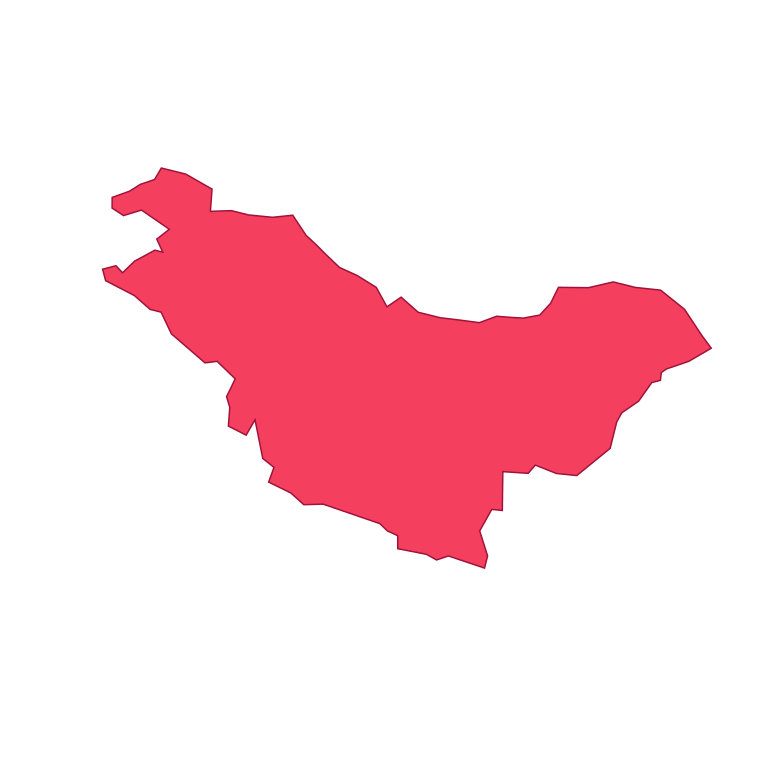 Alevga, Nicosia, Cyprus (Equal Earth projection), rotated 284°
{"feature_id": "46923920B64835616919063", "entity_name": "Alevga", "entity_type": "district", "adm_level": 2, "iso_a3": "CYP", "parent_name": "Cyprus", "parent_adm1": "Nicosia", "projection": "equal_earth", "projection_center": [32.609, 35.152], "detail": "fine", "context": "isolated", "style": "filled", "palette": "rose", "viewbox_px": 768, "rotation_deg": 284, "n_neighbors": 0, "source": "geoboundaries", "source_scale": "gbopen_adm2", "svg_char_len": 1315}
<svg xmlns="http://www.w3.org/2000/svg" viewBox="0 0 768 768"><g transform="rotate(284 384 384)"><path d="M508.2,680.4L508.4,680.2L529.2,657.5L542.0,629.7L538.5,604.4L538.5,581.7L526.9,559.0L520.0,529.9L502.5,526.1L488.6,518.5L481.7,503.4L479.3,490.8L477.0,476.9L466.6,461.7L464.3,441.5L461.9,422.6L461.9,399.8L472.4,379.6L459.6,368.2L475.9,353.1L482.8,331.6L486.3,312.7L495.6,296.3L502.5,284.9L509.5,272.3L525.7,254.6L518.8,235.6L515.3,211.7L515.3,194.0L509.5,173.8L531.5,170.0L539.7,140.9L539.7,115.7L526.9,111.9L518.8,99.3L509.5,90.4L499.3,75.1L488.9,77.6L484.4,90.5L494.1,106.6L482.2,138.2L469.6,128.5L458.4,137.4L458.4,129.3L442.9,112.3L428.7,103.4L433.9,95.3L427.3,83.2L416.9,88.9L409.4,120.4L399.8,139.0L399.8,150.3L381.2,165.6L361.2,205.2L365.6,216.6L353.0,238.4L333.7,234.3L324.0,240.0L305.5,243.2L301.0,262.6L318.1,267.5L282.4,284.4L276.5,297.4L260.9,295.8L255.7,320.0L247.5,335.4L252.7,354.0L247.5,413.8L242.3,422.7L240.1,434.0L227.5,437.2L229.0,466.3L226.0,477.6L232.7,488.1L229.7,526.1L242.3,526.1L264.6,512.4L288.4,518.9L289.9,529.4L327.7,520.5L332.2,545.5L341.9,550.4L338.9,573.0L340.8,586.2L341.8,593.2L376.3,619.0L403.5,619.0L413.6,621.7L428.9,635.2L450.2,643.5L454.4,651.3L462.2,650.3L467.0,654.5L479.7,674.2L497.9,692.9L508.2,680.4Z" fill="#f43f5e" stroke="#9f1239" stroke-width="1.5"/></g></svg>